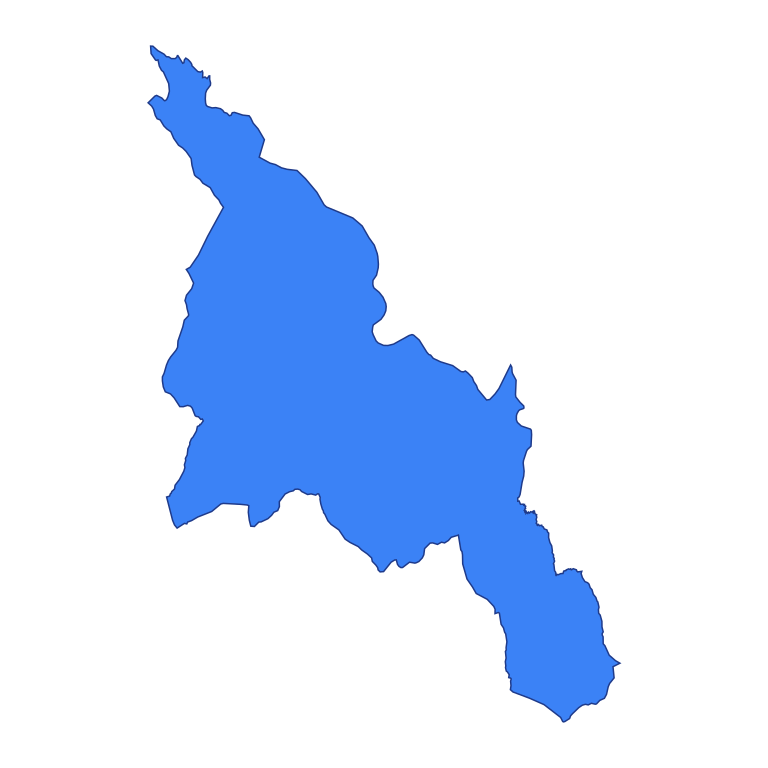 Arcabuco, Boyacá, Colombia (Equal Earth projection)
{"feature_id": "7082276B22585888594081", "entity_name": "Arcabuco", "entity_type": "district", "adm_level": 2, "iso_a3": "COL", "parent_name": "Colombia", "parent_adm1": "Boyacá", "projection": "equal_earth", "projection_center": [-73.422, 5.755], "detail": "fine", "context": "isolated", "style": "filled", "palette": "blue", "viewbox_px": 768, "rotation_deg": 0, "n_neighbors": 0, "source": "geoboundaries", "source_scale": "gbopen_adm2", "svg_char_len": 6084}
<svg xmlns="http://www.w3.org/2000/svg" viewBox="0 0 768 768"><path d="M510.6,365.0L499.0,388.5L495.1,393.9L489.8,399.5L486.6,400.0L477.8,389.4L476.5,385.6L473.8,381.6L472.3,377.6L467.9,373.0L465.4,371.0L463.2,371.9L460.9,371.5L452.7,365.6L440.5,361.8L433.3,358.4L430.6,355.1L428.8,354.5L426.9,352.3L419.2,340.0L413.6,335.1L412.0,334.6L409.1,335.5L393.6,344.1L388.0,345.5L383.6,345.4L378.2,343.0L376.1,340.9L373.2,334.8L372.2,331.8L372.7,327.1L373.3,324.9L381.0,319.3L384.1,314.9L385.8,310.8L386.2,306.6L385.8,303.6L383.0,297.2L379.2,292.4L374.0,288.0L373.2,286.1L372.8,284.0L373.0,280.3L376.5,275.2L378.2,267.8L378.4,264.1L377.8,256.5L377.2,253.5L374.3,245.2L369.0,237.8L362.2,226.0L352.9,218.0L326.5,207.0L324.1,204.8L316.9,192.3L305.4,178.6L297.0,170.5L287.1,169.3L281.4,167.8L275.5,164.6L270.0,163.1L259.2,157.2L264.4,139.7L258.1,128.9L253.2,123.2L250.6,117.8L249.1,115.8L242.8,115.1L234.5,112.4L232.3,112.7L231.0,115.3L229.3,115.7L226.9,113.2L224.2,112.4L222.7,110.3L220.5,108.7L215.8,107.6L212.1,107.9L207.6,106.5L206.3,105.4L205.6,103.0L205.3,98.8L205.6,93.1L206.7,90.2L210.4,85.2L210.6,83.0L209.7,79.5L209.7,75.9L209.0,75.9L207.1,78.6L205.1,77.0L202.6,77.6L202.8,72.6L202.3,71.0L200.4,72.1L197.8,71.6L191.9,65.7L191.8,64.4L190.6,62.3L188.2,59.7L185.8,58.1L184.4,59.8L183.9,62.7L182.7,63.3L177.9,55.6L177.4,55.6L176.7,57.3L175.2,58.6L171.3,58.6L168.8,56.9L166.4,56.7L164.1,54.2L157.9,50.7L152.9,46.2L150.6,46.1L151.1,53.6L155.5,60.0L156.2,60.4L158.0,59.9L159.3,66.1L161.5,70.3L163.4,71.9L168.7,83.6L169.4,91.2L168.0,96.6L166.6,99.6L165.3,100.6L164.4,100.7L161.8,98.0L156.6,95.4L154.9,96.1L148.1,102.8L151.7,106.1L153.5,109.1L155.3,115.5L157.2,118.8L160.2,119.9L163.9,126.0L166.8,128.9L170.9,131.8L173.7,138.3L178.6,145.3L182.6,147.9L186.1,151.4L191.1,158.5L192.0,165.3L194.5,174.9L195.9,176.5L200.0,179.3L202.9,183.2L210.2,187.6L214.5,195.3L218.9,199.9L220.6,203.4L223.5,207.3L207.7,236.2L198.4,255.2L190.2,267.2L186.3,269.4L189.0,273.5L193.6,283.1L191.7,288.7L186.5,295.2L185.0,300.6L186.5,304.7L187.1,308.7L188.6,314.3L188.5,315.7L184.3,320.2L182.8,326.9L178.0,340.9L177.6,347.3L176.0,350.3L170.6,357.0L168.4,360.5L166.5,365.0L164.1,373.3L162.4,376.9L162.4,380.9L163.3,386.9L165.3,391.8L170.5,393.9L174.1,397.8L179.8,406.6L183.2,406.7L187.6,405.4L190.5,406.2L192.2,408.1L195.1,415.6L196.2,416.4L198.5,416.8L200.8,419.4L202.3,419.0L203.3,420.9L200.7,424.4L199.9,424.5L199.6,425.5L197.4,426.5L196.4,431.1L193.0,437.1L191.4,438.8L189.8,442.6L189.8,444.6L187.9,448.8L187.2,455.0L185.4,458.4L185.7,460.6L184.4,464.8L184.9,467.6L183.8,471.2L179.4,479.6L175.1,485.2L174.5,489.0L171.8,491.5L171.1,493.3L170.3,493.9L169.6,496.1L166.6,497.0L172.6,520.3L174.5,524.9L177.1,528.1L184.4,523.4L186.8,523.9L187.6,522.1L191.6,520.6L197.8,517.0L211.7,511.5L220.8,504.0L223.2,503.4L240.2,504.3L247.3,505.0L248.8,505.7L248.3,512.3L249.3,520.2L250.8,526.2L254.4,526.5L258.8,522.1L261.1,521.9L267.9,518.7L271.6,515.3L273.9,512.2L277.7,510.6L279.4,506.6L279.3,501.7L285.1,494.0L289.6,491.7L293.3,490.8L294.9,489.3L297.7,489.1L300.0,489.7L301.6,491.5L307.6,494.5L311.1,493.9L315.7,495.1L317.6,493.8L318.7,493.9L320.2,497.4L320.0,499.3L320.8,503.9L322.4,509.3L323.3,510.7L323.6,512.7L324.8,514.1L327.9,520.8L331.1,524.4L338.9,529.9L345.1,539.1L350.0,542.4L358.3,546.6L361.6,549.9L367.4,554.0L371.6,557.9L372.3,561.4L375.9,565.1L377.7,567.7L378.1,569.9L380.1,571.9L383.6,571.6L391.1,562.2L394.7,560.0L396.3,559.9L397.5,564.4L399.0,566.4L400.9,567.6L402.6,567.5L409.5,562.2L414.9,563.1L416.4,562.7L418.9,561.5L422.3,557.9L423.8,554.8L424.6,548.6L430.1,543.1L432.7,542.9L437.5,544.4L441.5,542.2L444.6,542.9L448.4,540.5L451.2,537.3L458.4,535.1L460.8,549.9L462.0,551.6L462.5,554.8L462.7,563.9L467.0,579.0L472.5,587.0L476.2,593.5L487.2,599.3L493.8,606.4L495.1,609.3L495.0,613.6L498.3,612.5L499.4,613.2L501.1,624.3L503.5,627.9L504.6,632.1L505.7,633.9L506.9,641.8L506.1,647.5L506.2,650.1L505.4,651.4L506.1,658.1L505.3,661.7L505.8,665.9L505.5,667.6L506.3,671.1L507.4,671.9L509.2,674.7L508.7,677.6L510.6,678.1L511.2,679.0L510.6,681.2L511.0,685.7L510.4,689.7L513.0,692.0L529.5,698.2L544.0,704.6L560.6,717.4L562.7,721.5L563.6,721.9L564.9,721.5L569.6,718.5L570.6,715.8L572.6,713.6L578.8,707.6L582.3,705.2L585.4,704.3L588.2,704.9L591.4,703.3L595.3,704.2L596.5,703.9L599.8,700.4L604.4,698.3L606.5,694.4L608.2,686.8L609.6,683.5L614.1,677.9L613.0,666.7L619.9,663.2L615.4,660.6L609.2,655.2L604.9,645.7L603.2,643.8L603.1,636.8L602.2,635.0L602.2,633.5L603.2,631.9L602.0,627.0L601.9,621.3L600.2,615.1L598.7,613.3L598.4,609.7L599.0,607.2L597.8,601.9L597.0,601.0L595.9,597.5L593.3,594.3L592.0,589.7L590.2,587.7L589.0,584.1L587.6,582.7L584.9,581.6L582.4,577.6L581.1,573.5L581.8,571.3L577.7,571.9L576.7,570.9L576.4,569.8L573.2,568.7L571.6,569.8L570.9,569.6L570.7,568.8L569.3,569.3L568.6,568.9L566.2,569.9L566.0,570.5L563.7,571.1L563.0,573.5L560.7,573.6L558.4,574.7L557.0,574.4L556.7,575.0L556.2,574.1L555.9,574.5L555.7,572.3L554.6,570.7L553.9,564.6L553.4,563.8L554.6,561.1L554.0,559.4L554.2,558.3L553.4,557.2L553.6,554.9L552.1,552.7L552.4,551.0L551.7,545.9L549.9,542.5L548.6,537.6L548.7,533.1L547.6,532.1L546.9,529.9L544.2,528.9L543.3,526.9L542.3,526.6L541.7,525.2L539.4,525.7L538.5,524.5L537.5,525.4L537.1,525.0L537.0,523.9L536.2,523.3L536.8,521.6L536.1,519.5L536.8,517.1L536.2,515.5L536.7,514.9L534.9,513.6L534.5,511.6L533.8,512.6L533.6,511.6L533.1,512.3L532.9,511.4L532.0,512.1L530.7,511.7L529.6,513.0L528.5,512.1L527.8,513.4L526.5,511.9L526.5,512.8L526.0,513.3L526.0,511.6L525.0,512.3L524.8,511.9L525.3,511.1L524.4,510.6L524.9,510.2L524.6,509.2L525.6,508.6L525.2,506.8L525.7,506.2L524.5,505.4L524.5,504.8L523.8,505.1L523.7,504.2L520.5,504.3L519.1,501.0L517.8,501.2L517.7,498.0L519.1,496.9L520.1,494.4L522.1,482.3L523.7,476.1L524.1,471.2L523.2,463.0L523.5,460.6L526.5,451.3L527.4,449.6L531.0,446.2L531.6,434.7L531.3,430.3L530.5,429.1L521.3,426.0L517.4,422.4L516.4,420.0L516.4,415.8L517.0,413.6L518.6,410.8L519.7,409.8L523.1,408.7L523.9,408.1L523.9,407.1L523.7,405.9L520.1,402.4L515.8,396.9L515.5,394.4L516.1,380.2L512.6,373.7L512.1,371.9L511.8,367.2L510.6,365.0Z" fill="#3b82f6" stroke="#1e3a8a" stroke-width="1.5"/></svg>